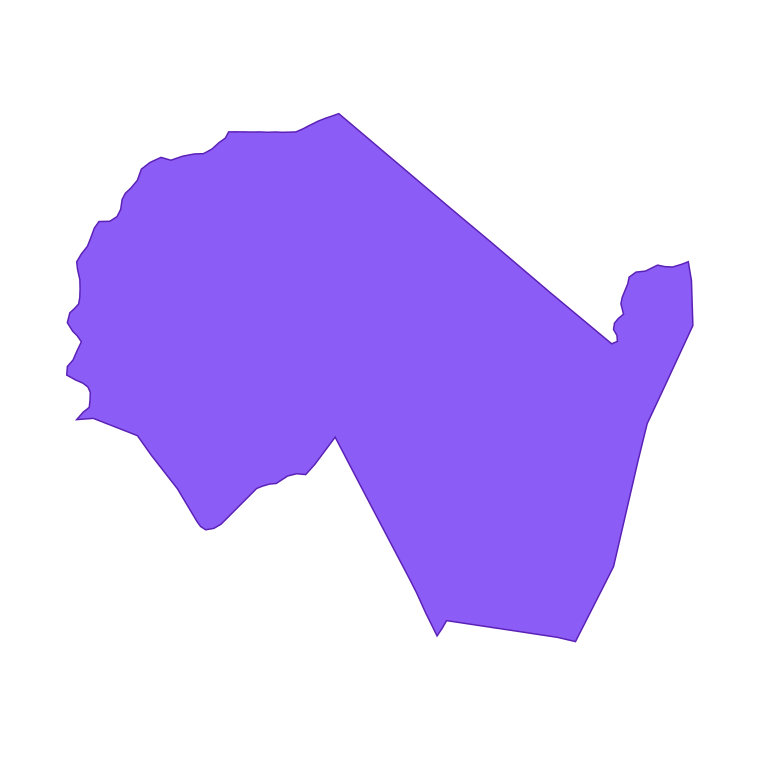 the district of Apuiarés, Ceará, Brazil, rotated 175°
{"feature_id": "56859067B73937581953991", "entity_name": "Apuiarés", "entity_type": "district", "adm_level": 2, "iso_a3": "BRA", "parent_name": "Brazil", "parent_adm1": "Ceará", "projection": "orthographic", "projection_center": [-39.3, -3.96], "detail": "fine", "context": "isolated", "style": "filled", "palette": "violet", "viewbox_px": 768, "rotation_deg": 175, "n_neighbors": 0, "source": "geoboundaries", "source_scale": "gbopen_adm2", "svg_char_len": 1617}
<svg xmlns="http://www.w3.org/2000/svg" viewBox="0 0 768 768"><g transform="rotate(175 384 384)"><path d="M659.0,564.5L663.5,554.9L667.4,547.1L674.1,540.0L679.5,532.5L679.3,524.8L677.9,514.3L678.5,505.1L679.5,496.9L681.2,490.4L685.8,486.1L690.8,482.3L694.1,472.7L689.5,463.6L685.5,458.9L681.8,452.4L687.1,443.5L691.7,435.0L697.9,429.1L699.3,420.5L690.6,414.7L683.9,411.1L679.3,406.9L677.3,401.3L678.3,393.3L679.7,386.4L686.1,382.2L693.3,375.3L676.6,375.1L634.1,354.0L622.1,333.4L598.9,297.6L582.2,263.1L579.1,258.0L574.3,254.3L566.1,255.0L558.6,258.5L520.0,291.0L514.1,292.8L506.6,294.3L500.0,294.3L493.9,297.6L487.9,300.8L478.8,302.2L469.9,300.6L459.8,310.1L437.3,335.3L416.6,285.5L375.1,186.5L369.8,173.3L362.6,152.8L353.1,128.4L347.5,135.3L342.3,142.8L233.7,116.6L215.7,110.7L182.3,164.3L171.2,182.2L137.9,284.5L125.3,321.5L109.1,349.4L71.2,415.3L68.7,460.3L70.2,479.3L77.1,477.3L86.3,475.4L93.8,476.4L101.1,478.6L106.8,476.4L113.7,473.7L123.2,473.5L130.5,469.1L132.4,462.6L136.0,455.7L139.2,449.4L141.0,443.2L139.3,432.7L144.8,428.9L149.1,424.5L150.6,418.3L147.7,412.1L147.8,406.1L153.7,404.2L210.2,460.3L265.5,516.4L302.2,553.0L405.5,657.3L413.1,655.3L418.9,653.9L426.2,651.8L436.5,647.8L443.4,644.9L450.0,642.8L456.9,643.2L463.4,643.6L470.0,644.5L477.8,644.9L485.3,645.9L493.5,646.5L502.0,647.4L510.5,648.2L516.8,648.7L520.6,642.8L527.1,639.0L535.0,633.0L543.8,629.2L553.0,629.7L564.7,628.5L576.8,625.5L586.4,629.2L597.8,625.1L607.0,619.2L611.9,608.5L619.0,601.3L625.0,596.6L628.8,590.7L631.1,580.9L635.4,574.0L643.0,570.0L653.8,570.7L659.0,564.5Z" fill="#8b5cf6" stroke="#5b21b6" stroke-width="1.5"/></g></svg>